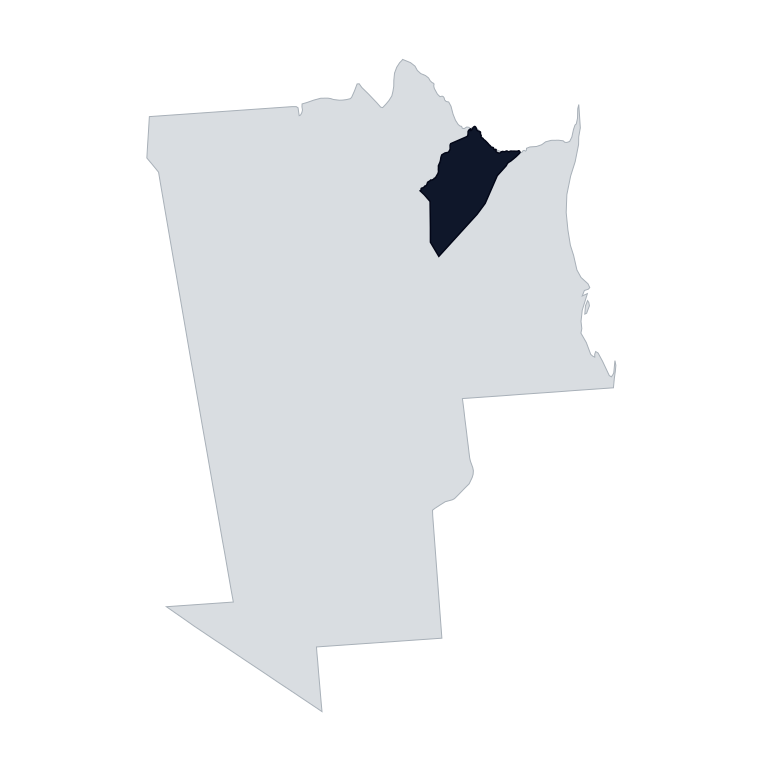 Brakna on a map of Mauritania (Equal Earth projection), rotated 176°
{"feature_id": "MRT-2784", "entity_name": "Brakna", "entity_type": "Region", "adm_level": 1, "iso_a3": "MRT", "parent_name": "Mauritania", "parent_adm1": "", "projection": "equal_earth", "projection_center": [-13.723, 17.338], "detail": "fine", "context": "in_parent", "style": "filled", "palette": "ink", "viewbox_px": 768, "rotation_deg": 176, "n_neighbors": 0, "source": "natural_earth", "source_scale": "10m", "svg_char_len": 5147}
<svg xmlns="http://www.w3.org/2000/svg" viewBox="0 0 768 768"><g transform="rotate(176 384 384)"><path d="M335.9,703.1L335.1,702.7L330.9,698.9L328.9,694.5L325.7,691.1L321.1,688.8L318.2,686.2L316.8,683.3L315.1,681.4L313.4,680.4L313.2,679.4L313.6,677.9L313.2,675.3L310.5,669.4L308.1,666.7L305.9,667.1L304.7,666.4L304.0,665.1L303.7,663.2L302.3,661.5L299.8,660.8L297.8,656.4L296.3,648.4L294.3,642.1L291.9,637.7L290.1,636.0L288.9,635.7L288.4,635.0L288.1,633.7L286.2,633.2L283.5,634.6L281.2,634.1L280.0,631.9L278.4,631.7L276.3,633.5L274.0,633.0L271.5,630.1L270.1,627.3L269.9,624.5L265.6,618.9L257.3,610.4L248.2,606.5L238.4,607.0L232.9,606.6L231.7,605.3L230.4,605.4L229.2,606.9L227.9,607.3L226.6,606.4L225.7,607.1L225.4,609.2L221.9,610.3L215.3,610.3L210.0,611.7L205.9,614.3L200.2,615.4L192.8,615.0L188.3,614.1L186.8,612.5L184.7,612.2L181.9,613.0L179.4,617.2L177.2,624.7L175.4,629.0L174.0,630.1L172.4,635.7L171.5,645.1L170.2,649.2L170.3,625.8L172.5,617.0L173.2,609.3L177.8,592.4L183.3,578.5L188.4,560.1L190.3,542.3L189.8,524.8L188.4,509.4L185.9,499.1L183.6,484.3L180.0,476.5L173.5,469.7L172.0,465.8L173.6,464.3L177.6,463.3L180.1,458.0L174.8,460.0L181.1,443.8L183.1,432.7L182.8,425.5L184.0,421.0L179.3,411.3L175.7,399.1L173.8,397.2L171.9,396.1L171.7,399.0L170.6,401.6L168.3,400.0L164.3,391.2L158.7,376.7L156.7,375.3L155.1,377.2L154.0,379.1L152.0,391.2L151.4,386.4L152.3,380.8L153.8,373.8L155.4,364.2L160.3,364.2L169.1,364.2L186.7,364.2L195.5,364.2L213.1,364.1L221.9,364.1L239.4,364.1L248.2,364.1L265.8,364.0L274.6,364.0L292.2,364.0L301.0,364.0L306.8,364.0L306.4,357.2L306.1,351.7L305.8,344.5L305.4,337.2L305.0,330.0L304.7,323.2L304.3,316.4L304.0,310.1L303.7,304.3L303.2,301.0L301.3,294.4L300.9,291.2L301.4,287.7L302.6,284.5L306.0,278.5L311.2,274.0L317.1,268.7L321.7,264.7L324.0,263.7L331.1,262.3L336.7,259.3L342.1,256.3L344.4,254.7L344.6,249.1L344.0,126.4L370.7,126.4L377.8,126.4L427.0,126.4L434.0,126.4L469.7,126.4L469.7,120.7L469.5,112.4L469.4,101.1L469.2,89.8L468.9,69.9L468.7,61.5L475.9,67.1L490.2,78.2L497.3,83.7L511.7,94.8L526.0,106.0L540.4,117.1L547.6,122.7L554.8,128.3L562.0,133.9L569.3,139.4L583.7,150.6L589.8,155.3L599.1,162.9L607.8,169.9L616.6,177.0L603.3,177.0L585.6,177.0L573.5,177.0L561.1,177.0L549.5,177.0L550.8,188.6L552.1,201.2L553.4,213.8L554.7,226.5L556.1,239.2L560.0,277.2L561.4,289.9L562.7,302.7L564.0,315.4L565.3,328.2L568.0,353.7L569.3,366.5L570.6,379.3L571.9,392.1L573.2,404.9L574.6,417.7L577.2,443.4L578.5,456.3L579.8,469.2L581.1,482.1L582.4,494.9L583.7,507.9L585.1,520.8L586.4,533.7L589.0,559.6L590.3,572.5L591.6,585.5L592.9,598.5L594.1,611.0L598.8,617.7L604.8,626.0L603.3,637.7L601.4,651.8L599.4,667.1L583.3,667.1L567.4,667.1L527.7,667.1L519.7,667.1L480.0,667.1L472.1,667.1L456.7,667.1L452.2,666.8L450.5,665.6L449.9,657.6L448.5,658.1L447.0,660.5L446.2,663.0L446.5,666.3L446.2,669.1L441.1,670.2L434.2,672.1L427.0,673.5L419.7,673.0L417.2,672.4L414.5,671.3L408.7,670.2L405.5,670.1L401.8,670.3L397.6,671.0L396.2,672.4L393.0,678.4L389.9,685.2L387.8,685.2L385.5,681.4L379.2,674.3L371.5,665.0L368.0,660.4L366.1,659.8L362.5,663.1L359.4,666.3L356.1,670.8L354.7,675.2L353.5,680.3L353.0,686.3L351.8,693.4L349.2,699.1L346.0,703.4L343.7,705.4L342.8,706.5L335.9,703.1ZM177.6,447.9L175.1,453.0L174.0,451.0L173.6,447.7L175.8,443.0L176.9,440.5L178.8,439.7L177.6,447.9Z" fill="#d9dde1" stroke="#a8b0b8" stroke-width="1"/><path d="M233.5,607.3L232.8,607.1L232.4,606.5L232.1,605.7L232.7,604.7L236.5,601.5L241.8,597.7L244.8,596.1L246.0,594.7L246.8,593.3L247.1,593.0L256.5,583.9L270.5,557.1L279.3,546.8L290.1,536.5L320.4,507.5L327.8,522.2L326.8,536.6L326.3,545.3L325.3,562.9L330.6,570.0L334.5,574.2L333.9,574.6L333.4,575.2L333.4,576.1L333.0,576.7L331.5,577.0L330.2,577.7L329.5,578.6L328.3,578.8L327.4,579.8L326.4,582.2L325.4,582.8L324.6,583.1L323.9,583.6L323.4,584.0L323.0,584.3L322.5,584.1L322.0,584.1L320.2,584.8L319.9,585.2L319.5,585.7L318.3,586.1L315.5,590.2L315.1,591.2L314.8,592.2L314.8,594.1L314.6,595.9L314.5,597.9L312.7,601.3L312.0,603.3L311.4,606.1L310.4,608.5L307.1,610.2L303.5,610.7L301.6,613.6L301.4,617.7L300.7,619.1L284.9,624.7L283.2,625.6L282.7,627.7L282.5,630.0L281.8,631.2L280.7,632.0L279.9,632.4L280.1,631.6L280.2,630.9L279.8,630.8L279.4,630.8L279.1,631.0L278.8,631.2L278.5,631.6L277.8,632.9L277.5,633.3L276.9,633.9L276.2,634.4L275.9,634.5L275.6,634.6L275.3,634.5L274.9,634.2L274.6,633.8L274.4,633.3L274.2,632.8L273.9,631.4L273.7,631.0L273.4,630.6L272.8,630.0L272.5,629.8L271.0,629.2L270.3,628.7L270.2,627.9L270.4,627.0L270.3,626.5L270.2,626.0L269.8,625.4L269.7,625.1L269.8,624.6L270.0,623.8L270.0,623.4L269.8,623.1L269.4,622.8L268.6,622.4L268.3,622.2L267.6,621.1L267.4,620.8L266.1,619.8L263.8,617.1L262.4,615.1L261.5,614.3L261.3,613.9L260.6,612.8L260.3,612.6L259.8,612.5L258.9,612.4L258.5,612.1L258.3,611.7L258.2,610.8L258.1,610.4L257.7,610.1L256.3,610.3L255.9,610.1L255.8,609.7L256.0,608.7L256.0,608.1L255.9,607.8L255.6,607.5L253.1,606.2L252.4,606.3L252.0,606.5L251.0,607.3L250.6,607.5L250.2,607.6L249.8,607.7L249.3,607.7L247.8,607.3L247.4,607.3L245.7,607.9L245.3,607.9L244.9,607.8L243.8,607.1L243.4,607.0L243.1,607.0L241.7,607.5L241.3,607.5L234.7,606.9L233.5,607.3Z" fill="#0f172a" stroke="#020617" stroke-width="1.5"/></g></svg>